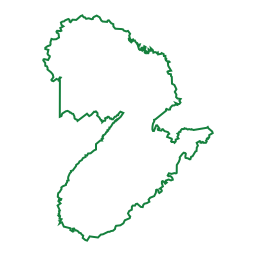 Zapotillo, Loja, Ecuador
{"feature_id": "8360857B34607676191169", "entity_name": "Zapotillo", "entity_type": "district", "adm_level": 2, "iso_a3": "ECU", "parent_name": "Ecuador", "parent_adm1": "Loja", "projection": "mercator", "projection_center": [-80.325, -4.234], "detail": "fine", "context": "isolated", "style": "outline", "palette": "green", "viewbox_px": 256, "rotation_deg": 0, "n_neighbors": 0, "source": "geoboundaries", "source_scale": "gbopen_adm2", "svg_char_len": 5777}
<svg xmlns="http://www.w3.org/2000/svg" viewBox="0 0 256 256"><path d="M180.6,99.0L177.5,98.5L176.1,97.1L176.4,94.6L174.8,91.9L176.4,89.2L174.4,85.0L172.0,83.7L171.8,76.9L171.0,76.0L170.9,74.2L168.5,73.8L167.6,72.3L167.5,71.6L168.2,71.2L171.1,70.7L168.2,65.8L167.9,62.7L169.5,61.9L169.0,61.4L167.2,61.3L165.9,60.3L165.6,59.4L166.2,59.3L166.3,58.7L165.4,58.0L165.4,55.9L163.9,56.0L163.6,54.0L161.6,53.1L161.3,53.8L158.1,54.4L157.8,52.5L156.9,53.2L156.0,52.3L154.9,52.1L153.4,52.7L152.8,50.1L150.8,48.2L151.2,50.7L150.3,50.8L148.6,49.4L148.8,51.8L148.3,53.2L147.7,53.2L147.1,51.9L145.9,51.0L145.8,53.2L145.3,53.1L144.7,52.4L145.0,51.6L143.8,49.9L143.1,49.8L142.3,50.7L141.8,50.3L142.7,48.9L145.2,48.6L145.6,47.0L144.3,46.3L144.1,47.5L141.6,47.8L141.2,48.4L141.7,49.4L140.0,50.0L139.0,49.2L137.9,45.6L139.4,45.7L139.8,44.5L138.9,44.7L137.0,43.8L137.1,43.0L135.8,42.4L134.9,40.5L133.7,40.6L133.1,39.4L132.4,39.7L133.1,40.9L132.2,41.3L131.3,42.3L130.1,41.2L131.2,40.3L130.0,38.8L129.7,40.2L129.0,40.0L128.8,38.6L129.8,37.9L129.2,35.6L130.1,33.8L128.0,30.9L126.2,31.4L123.7,30.5L123.0,29.4L121.8,29.1L115.3,28.7L113.4,26.5L113.3,24.1L111.3,23.3L108.8,20.3L107.7,20.6L107.1,21.9L102.6,21.5L101.3,20.5L99.6,17.3L96.7,15.6L94.0,16.9L93.0,17.8L92.8,19.0L91.5,19.2L88.8,18.3L86.1,18.8L84.8,17.3L84.0,17.4L82.9,16.4L82.4,15.4L80.8,16.0L76.3,19.9L72.5,19.7L70.6,22.2L69.7,21.7L69.3,19.6L68.3,19.0L65.2,20.3L64.0,21.4L62.4,21.6L60.9,22.5L61.5,24.9L63.4,26.3L60.3,28.0L61.4,30.7L60.7,31.1L57.1,30.8L56.5,31.5L56.8,32.7L58.0,33.2L58.6,34.0L59.0,37.5L56.2,39.2L53.3,39.4L51.5,38.9L50.4,42.3L50.6,44.1L50.1,45.3L47.5,46.2L45.3,47.8L45.3,49.0L48.4,49.9L47.5,53.8L48.4,55.2L49.7,56.0L49.8,56.8L48.1,60.0L44.1,59.1L43.5,59.4L43.3,60.4L45.2,62.9L45.3,65.8L47.0,66.4L47.6,68.0L47.5,69.5L51.0,72.3L52.8,74.5L53.4,77.2L51.4,79.9L51.9,80.7L53.4,81.2L56.5,78.9L57.5,79.5L58.7,79.4L59.9,77.4L60.7,77.6L59.5,79.3L59.8,80.1L59.2,80.9L59.9,81.2L59.8,116.8L61.4,116.1L62.2,113.6L65.8,111.3L67.6,110.9L69.7,112.0L70.1,112.7L70.9,112.7L71.8,113.6L73.2,113.9L74.4,116.4L74.5,118.1L75.3,119.1L77.0,119.7L77.5,120.9L87.0,113.7L89.2,116.1L91.2,114.9L94.1,111.7L95.0,112.0L95.9,111.4L97.4,112.9L97.6,114.5L97.1,115.5L99.3,117.4L100.6,119.8L101.5,120.0L101.6,121.1L102.3,121.2L102.3,122.1L103.7,120.8L105.1,120.7L105.5,119.2L105.1,118.3L106.5,117.6L107.2,117.8L107.7,116.8L108.7,116.8L110.1,118.6L111.0,118.4L111.5,119.2L112.9,119.3L114.8,116.8L116.0,116.6L117.2,115.1L118.2,115.1L118.4,114.0L120.4,111.7L123.3,112.9L120.7,116.8L117.0,120.1L116.8,119.5L115.5,120.5L115.4,121.3L114.8,121.3L113.9,122.9L113.0,123.1L111.1,126.3L110.0,127.6L109.4,127.6L109.5,128.7L108.3,129.6L108.2,130.5L107.4,130.3L107.1,131.8L106.1,132.3L105.6,133.6L104.3,134.8L103.4,135.1L103.2,136.0L102.9,135.8L102.5,136.5L102.6,138.1L102.1,138.5L102.7,138.8L101.3,140.1L101.6,140.5L100.3,140.5L96.0,144.1L96.0,149.5L93.9,150.5L90.6,153.3L88.1,153.5L87.1,155.5L85.5,155.3L85.6,156.9L82.8,158.2L81.9,160.0L79.5,161.4L78.6,163.2L76.2,164.9L76.0,166.1L72.7,170.5L70.9,171.0L71.0,172.1L69.8,173.3L68.3,176.8L68.1,178.4L68.6,180.4L67.2,180.7L67.1,182.3L66.0,183.8L66.0,184.9L62.6,186.4L61.3,187.5L61.5,189.0L59.5,192.2L58.4,192.9L58.0,194.2L57.8,196.8L59.8,198.6L61.3,199.0L61.0,199.9L60.3,200.2L60.0,199.0L59.2,199.0L58.4,201.2L60.5,203.4L57.6,205.5L59.9,210.6L59.0,211.1L59.4,212.9L58.7,213.8L59.5,215.1L58.4,215.5L58.9,216.2L60.0,216.5L59.5,218.7L61.5,219.2L60.5,220.7L59.6,221.0L60.4,221.7L59.7,223.3L60.8,222.5L62.0,222.4L63.8,226.6L70.5,228.3L70.8,228.7L70.3,230.0L72.8,231.6L73.3,231.4L72.9,230.5L73.0,228.7L74.0,228.5L75.3,230.4L76.5,230.4L78.4,231.6L78.9,232.6L80.8,233.2L81.6,234.5L83.2,235.6L82.7,237.9L85.3,240.0L87.1,240.6L89.7,236.4L98.0,237.5L100.8,234.6L103.0,234.3L108.1,231.8L109.6,231.8L110.9,231.1L113.1,230.7L115.0,229.0L115.4,227.0L116.1,225.8L120.4,225.3L123.4,223.3L124.8,220.3L129.7,218.2L130.2,216.4L129.2,215.6L128.0,213.4L129.2,211.0L131.8,209.7L131.9,206.7L132.7,205.6L135.0,205.6L135.8,204.1L137.2,203.7L140.8,206.9L142.7,207.1L143.3,204.9L144.4,203.7L146.9,203.1L149.4,201.7L148.6,199.6L150.2,197.7L154.2,196.1L155.8,192.9L156.2,189.9L157.0,189.6L158.3,190.3L158.4,191.9L159.3,193.0L161.6,191.4L161.8,190.6L161.2,189.4L159.9,188.6L162.9,186.4L161.9,183.5L161.9,181.6L162.4,181.1L163.4,181.4L165.3,183.7L166.7,182.6L165.5,181.7L165.8,180.6L168.6,179.5L171.0,180.4L172.8,179.7L172.5,178.4L171.4,176.8L170.3,176.1L168.4,176.2L167.7,175.5L168.9,173.3L171.5,173.9L174.3,173.1L175.9,173.4L176.7,172.9L176.8,165.0L178.8,161.9L179.9,159.0L179.7,157.4L182.5,153.8L183.7,152.7L185.3,153.1L185.8,153.7L185.3,156.9L185.6,157.9L188.1,158.4L189.5,159.3L190.4,159.2L191.1,156.8L192.6,156.2L195.4,151.5L196.5,151.1L196.8,147.5L197.9,145.7L196.7,142.8L199.7,141.1L200.2,141.3L200.5,142.7L201.7,142.8L202.3,141.9L203.3,142.2L203.6,142.8L205.9,142.8L206.7,141.5L206.1,140.6L206.7,140.0L206.7,139.0L207.1,138.5L208.0,138.8L208.2,137.9L208.7,138.0L209.3,137.2L209.2,135.1L212.7,133.1L212.2,131.5L208.4,128.3L207.8,127.0L206.7,127.8L193.5,130.0L191.5,129.2L191.1,129.6L189.1,129.1L187.7,129.5L185.9,128.5L185.0,128.8L184.4,128.3L183.6,129.1L182.0,129.0L180.7,130.4L180.4,131.9L179.2,131.9L178.8,133.0L177.5,133.6L178.6,134.8L177.4,136.8L178.5,138.5L175.7,139.6L175.7,141.5L174.5,142.8L173.8,142.0L171.7,142.0L171.1,141.4L171.9,139.5L171.7,138.7L167.1,136.9L168.0,134.7L169.2,133.8L168.0,132.1L164.5,131.1L162.9,129.2L162.3,129.2L161.3,130.6L158.1,130.0L157.8,129.1L159.3,128.3L157.1,125.3L156.2,125.4L153.9,131.0L152.9,130.9L152.4,129.3L152.5,126.5L153.0,123.7L154.2,121.4L154.1,119.8L155.2,119.5L166.1,110.7L166.0,109.5L166.4,108.9L168.4,109.7L170.0,109.5L170.4,107.6L172.4,105.5L174.4,105.4L175.6,104.6L176.7,104.8L175.6,103.0L178.2,104.1L179.4,103.9L180.5,102.5L179.4,100.8L180.6,99.0Z" fill="none" stroke="#15803d" stroke-width="2"/></svg>